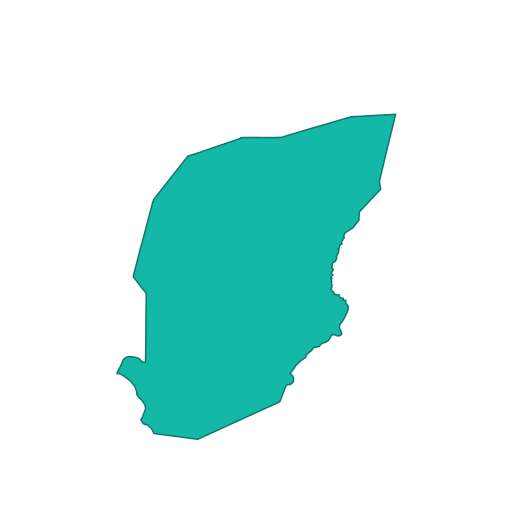 the district of San Miguel Tlacotepec, Oaxaca, Mexico, rotated 44°
{"feature_id": "50627088B15325510278306", "entity_name": "San Miguel Tlacotepec", "entity_type": "district", "adm_level": 2, "iso_a3": "MEX", "parent_name": "Mexico", "parent_adm1": "Oaxaca", "projection": "robinson", "projection_center": [-98.0, 17.447], "detail": "fine", "context": "isolated", "style": "filled", "palette": "teal", "viewbox_px": 512, "rotation_deg": 44, "n_neighbors": 0, "source": "geoboundaries", "source_scale": "gbopen_adm2", "svg_char_len": 2111}
<svg xmlns="http://www.w3.org/2000/svg" viewBox="0 0 512 512"><g transform="rotate(44 256 256)"><path d="M237.9,437.2L239.7,435.3L243.8,434.2L246.5,433.9L249.5,433.5L251.8,433.2L256.2,433.6L259.0,433.8L263.6,436.0L266.7,438.5L270.3,439.3L273.6,439.0L277.3,439.6L280.5,440.8L282.7,442.6L284.5,446.6L286.5,451.5L286.8,453.7L291.3,454.9L293.0,454.4L293.8,453.8L294.8,453.1L300.9,452.7L305.8,454.6L341.3,428.4L374.4,344.3L367.4,327.7L369.7,324.8L370.4,322.5L370.1,320.2L368.0,317.8L365.2,316.7L362.1,316.8L362.0,314.9L360.7,306.1L361.2,298.7L362.2,294.5L361.3,293.4L361.0,288.8L361.6,286.0L361.1,281.9L364.3,277.0L363.9,273.1L365.7,270.4L366.8,266.9L366.0,262.6L364.9,260.8L367.2,257.9L368.6,257.6L370.0,257.0L370.8,256.1L371.7,255.1L371.9,253.3L371.3,252.0L370.3,251.5L366.1,249.9L364.1,247.6L362.9,240.1L360.0,231.5L357.6,228.2L355.5,227.7L353.3,227.5L351.3,225.5L349.6,227.3L348.3,225.9L345.7,227.4L344.2,227.3L343.2,226.2L341.7,227.2L338.9,229.2L337.7,228.2L335.5,228.3L332.5,227.5L332.1,225.6L331.0,224.2L329.0,223.2L328.5,221.8L326.6,221.1L326.2,219.4L324.6,219.4L324.3,216.2L323.1,216.4L321.7,215.4L321.4,212.7L320.0,211.8L318.5,211.9L316.0,207.6L316.8,204.9L315.4,201.3L315.1,201.2L314.5,200.9L314.1,199.7L313.2,198.9L313.4,196.9L312.4,196.6L312.5,195.7L312.0,195.1L311.8,194.7L311.3,193.9L310.3,194.0L310.4,192.3L308.8,190.3L309.0,188.9L309.4,187.5L308.3,187.5L307.7,186.3L307.4,184.2L306.7,183.0L306.7,182.6L306.9,181.8L304.6,179.9L304.6,178.9L304.0,177.5L304.3,176.2L305.3,172.1L306.1,168.3L305.7,163.8L305.2,158.9L299.7,152.5L299.3,121.4L293.8,117.3L293.0,116.7L288.1,108.5L277.8,91.0L258.0,57.1L227.9,89.6L221.2,101.2L220.9,101.7L208.1,124.1L197.4,143.1L191.8,153.1L187.8,157.2L167.2,177.0L163.1,181.1L163.7,181.3L159.0,190.2L142.1,223.2L137.6,231.4L140.1,256.4L143.1,286.1L144.6,289.5L163.1,322.5L166.6,329.1L182.0,356.1L196.3,358.3L202.9,359.0L226.6,384.1L232.0,389.7L250.4,409.2L248.5,411.0L246.4,411.2L242.8,411.1L238.5,413.3L236.1,415.4L234.0,417.1L233.0,419.3L232.4,422.4L233.5,425.1L234.8,428.5L235.5,430.8L237.2,436.4L237.9,437.2Z" fill="#14b8a6" stroke="#0f766e" stroke-width="1.5"/></g></svg>